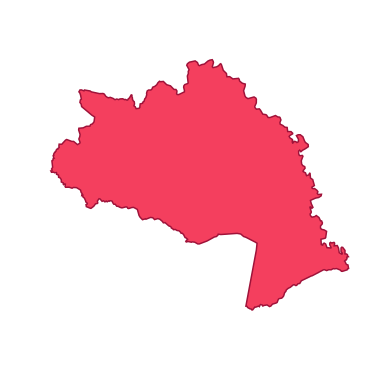 Saraya, Kédougou, Senegal, rotated 340°
{"feature_id": "50182788B8770711358016", "entity_name": "Saraya", "entity_type": "district", "adm_level": 2, "iso_a3": "SEN", "parent_name": "Senegal", "parent_adm1": "Kédougou", "projection": "robinson", "projection_center": [-11.845, 12.924], "detail": "fine", "context": "isolated", "style": "filled", "palette": "rose", "viewbox_px": 384, "rotation_deg": 340, "n_neighbors": 0, "source": "geoboundaries", "source_scale": "gbopen_adm2", "svg_char_len": 5976}
<svg xmlns="http://www.w3.org/2000/svg" viewBox="0 0 384 384"><g transform="rotate(340 192 192)"><path d="M121.6,57.8L120.0,59.2L120.5,60.8L120.4,62.9L119.8,66.9L118.6,67.3L117.3,69.5L117.9,71.5L117.5,74.0L124.2,85.6L126.2,88.2L124.0,92.5L121.8,93.9L119.7,94.0L118.6,95.2L115.1,94.1L111.7,94.5L107.5,93.4L106.7,94.9L106.5,99.7L105.4,101.7L103.8,103.5L103.8,106.9L103.5,107.6L101.9,108.1L100.6,108.3L98.1,104.0L96.3,103.3L92.2,99.8L90.9,100.0L85.9,102.6L83.5,101.6L82.6,103.4L82.4,104.8L80.9,105.2L80.6,105.8L79.9,105.5L78.8,106.1L78.2,107.1L77.3,107.2L76.9,108.0L76.2,108.0L74.9,109.2L74.6,110.4L74.0,110.4L73.7,112.4L74.0,113.1L72.9,113.2L72.3,114.4L71.0,114.8L69.5,121.1L67.9,122.4L68.1,123.1L67.9,123.8L67.1,124.4L66.6,124.1L66.7,125.4L68.7,126.0L69.6,127.0L71.2,127.3L71.3,128.0L70.8,129.1L72.3,130.4L71.7,132.6L72.6,133.0L73.4,135.6L72.6,137.9L74.1,139.3L73.7,140.9L73.9,141.2L74.8,140.8L75.7,141.3L74.6,143.5L74.8,144.3L78.2,145.5L80.6,147.4L82.2,147.2L85.0,148.4L87.9,152.0L87.7,154.6L88.2,155.8L87.2,157.6L88.3,157.6L87.8,159.2L88.8,161.0L89.0,164.0L88.8,164.9L89.8,166.8L89.4,167.5L88.1,167.6L87.7,169.6L91.0,172.6L91.6,172.8L94.8,171.8L97.3,170.1L99.1,170.4L99.7,170.1L100.0,168.1L102.4,166.5L103.2,167.1L104.3,170.0L105.9,170.0L106.8,171.5L108.3,171.2L108.9,172.2L110.9,171.9L111.2,172.4L112.1,172.2L113.5,173.0L113.9,173.6L113.8,174.7L114.3,176.7L115.7,177.3L116.4,179.6L118.2,180.5L118.4,181.1L120.1,182.6L120.9,183.0L125.0,183.4L126.0,184.3L126.1,185.4L126.9,185.9L130.1,186.0L131.9,186.5L134.7,189.7L134.2,195.9L134.6,198.0L136.0,201.1L139.2,201.3L139.4,201.8L144.3,201.7L146.3,202.7L147.4,205.1L150.7,205.3L152.4,206.5L154.2,209.7L154.4,210.9L154.9,211.4L156.2,211.5L158.6,215.9L160.0,217.1L160.5,218.4L160.3,218.8L161.4,220.1L161.7,221.1L163.5,221.5L164.8,223.1L166.4,223.9L167.2,225.2L167.7,227.1L168.6,227.3L169.5,229.0L169.9,232.4L170.6,233.0L171.7,234.9L169.3,236.2L169.5,237.0L171.4,237.2L174.3,239.0L175.1,238.9L177.4,240.1L179.7,242.8L181.1,243.3L189.4,243.2L197.7,241.9L199.6,242.2L201.5,241.5L202.2,240.6L204.5,241.8L220.2,246.3L223.4,248.1L225.3,251.5L227.2,253.0L234.2,260.6L235.6,262.4L232.6,268.6L203.6,317.7L204.4,318.0L204.8,319.6L206.4,321.5L207.6,322.3L208.0,323.4L208.7,323.5L211.7,321.6L212.4,322.0L215.5,322.0L216.1,322.8L217.2,321.5L218.0,321.2L219.4,322.3L219.6,323.4L220.7,323.2L223.9,323.8L225.7,326.2L227.2,326.1L229.2,324.9L233.2,325.1L234.2,324.9L236.4,322.4L237.3,322.0L239.9,322.4L240.9,322.1L242.6,321.0L244.6,318.3L246.2,317.5L247.1,316.3L249.5,315.4L251.7,315.2L255.4,313.9L256.3,314.0L257.5,315.4L258.4,315.5L260.1,314.5L262.0,314.8L264.4,312.8L275.0,311.7L276.3,311.8L288.8,310.1L289.7,310.2L291.7,311.9L294.0,311.8L296.1,312.7L298.5,312.3L299.4,312.9L301.7,313.4L304.6,316.0L305.3,317.6L306.3,318.0L310.8,318.2L311.5,318.1L311.9,317.4L313.0,317.4L313.6,313.9L312.6,313.1L312.1,312.0L312.1,310.2L311.7,309.1L313.2,308.4L313.8,308.6L314.9,307.5L315.2,306.2L316.8,306.3L316.4,305.2L316.6,304.3L316.1,303.2L314.6,302.4L315.8,299.2L314.7,295.6L313.8,295.1L312.9,295.6L311.7,298.8L312.3,300.9L311.8,301.6L311.3,301.5L309.6,299.4L310.5,294.8L310.2,292.0L307.2,291.2L308.3,289.5L308.5,288.4L308.2,287.9L305.9,287.7L304.9,286.7L304.0,287.1L303.4,288.7L303.7,291.6L303.3,292.1L299.8,290.5L299.8,286.6L298.7,285.2L297.6,285.4L296.6,286.6L295.5,285.7L297.0,280.5L301.2,281.0L302.0,280.6L305.0,275.0L303.2,272.8L301.0,271.4L300.4,269.9L301.2,267.8L303.3,266.7L304.0,265.6L303.9,263.5L302.9,263.0L302.6,259.4L300.7,256.6L299.0,257.1L296.3,256.7L295.6,255.8L295.2,254.0L295.5,253.0L296.8,252.3L297.3,251.5L297.6,246.6L298.4,246.6L299.1,248.3L300.4,247.8L300.1,243.8L300.4,240.4L306.1,240.0L309.2,240.5L312.0,239.8L312.9,238.4L309.7,237.5L309.2,236.2L310.4,234.8L310.0,233.2L308.4,230.7L306.9,230.3L306.1,229.4L306.3,228.5L309.2,227.8L309.7,221.6L308.1,219.4L309.3,214.9L309.1,214.6L308.6,214.8L307.6,215.9L305.2,215.8L305.2,212.8L303.4,210.8L303.9,209.9L306.4,208.3L306.6,206.7L305.1,205.1L304.6,203.2L305.4,200.0L308.5,196.3L308.1,195.3L306.3,195.0L305.4,194.3L305.3,192.7L306.2,190.0L307.5,189.5L308.1,191.4L310.1,190.6L313.4,190.1L316.8,189.2L317.4,187.1L315.5,184.2L315.2,182.6L315.1,178.0L313.3,175.2L311.4,174.5L309.4,174.7L310.1,178.8L309.2,181.1L307.5,181.4L306.7,180.1L305.1,179.2L304.2,180.3L303.3,180.4L303.3,179.3L304.3,177.0L302.5,174.6L302.3,173.0L303.2,172.4L306.4,171.8L306.7,171.2L305.7,169.1L302.6,167.9L303.5,163.9L301.4,162.8L300.0,160.4L298.1,158.5L298.3,156.9L300.2,154.7L300.2,152.1L299.9,151.6L298.3,150.8L296.6,148.7L290.7,148.7L289.0,148.0L288.4,145.3L287.9,144.6L285.1,143.0L284.3,138.4L283.7,136.9L280.8,136.2L280.0,134.1L280.2,133.1L282.9,130.3L284.2,126.9L284.1,125.6L282.8,123.9L276.5,123.4L275.0,121.5L274.6,119.9L275.1,114.5L278.1,110.7L279.0,108.8L276.5,107.0L275.0,104.6L274.7,103.9L274.9,102.3L274.6,101.1L269.1,99.7L266.9,96.5L264.2,95.6L264.9,92.4L263.0,88.4L263.2,82.5L262.9,81.3L262.0,81.4L260.2,82.4L258.0,82.8L254.3,82.3L253.9,81.3L256.4,77.8L256.6,76.6L256.3,74.6L254.0,74.2L251.7,74.4L247.5,76.0L244.7,75.6L242.2,75.8L241.5,75.1L241.4,72.2L239.8,69.9L234.0,69.1L231.6,69.9L230.4,71.1L231.1,76.0L229.7,77.4L229.1,79.4L227.3,81.4L225.7,88.1L225.1,88.6L222.0,88.6L220.8,89.3L220.0,90.6L219.6,94.1L219.1,95.3L212.8,95.9L211.4,95.3L211.1,94.5L212.4,92.0L212.0,90.2L210.1,89.4L208.1,84.9L204.9,82.5L202.9,78.3L200.2,77.6L199.3,76.8L197.3,77.7L195.5,79.2L193.2,80.0L190.8,80.1L190.0,81.3L188.2,82.1L186.1,81.3L184.5,81.7L183.1,83.6L182.7,85.2L180.7,87.7L179.6,88.2L177.8,90.5L176.8,90.6L175.9,91.7L173.4,91.5L171.8,94.8L170.7,95.2L168.0,94.6L167.8,92.4L166.9,91.2L168.1,89.6L168.6,87.5L167.9,86.0L167.8,84.1L168.2,83.4L168.2,81.6L168.7,80.5L168.5,80.1L168.0,80.0L165.4,82.2L163.9,82.7L163.3,83.4L162.4,83.5L161.0,82.2L160.1,82.1L158.8,80.7L156.2,79.9L154.7,80.1L153.1,78.9L151.2,78.9L149.8,77.0L147.6,75.1L145.5,74.8L144.4,73.6L143.7,72.5L143.1,70.0L142.1,69.0L138.7,67.9L131.7,63.5L130.8,62.2L125.9,59.4L125.1,60.0L122.9,58.2L121.6,57.8Z" fill="#f43f5e" stroke="#9f1239" stroke-width="1.5"/></g></svg>